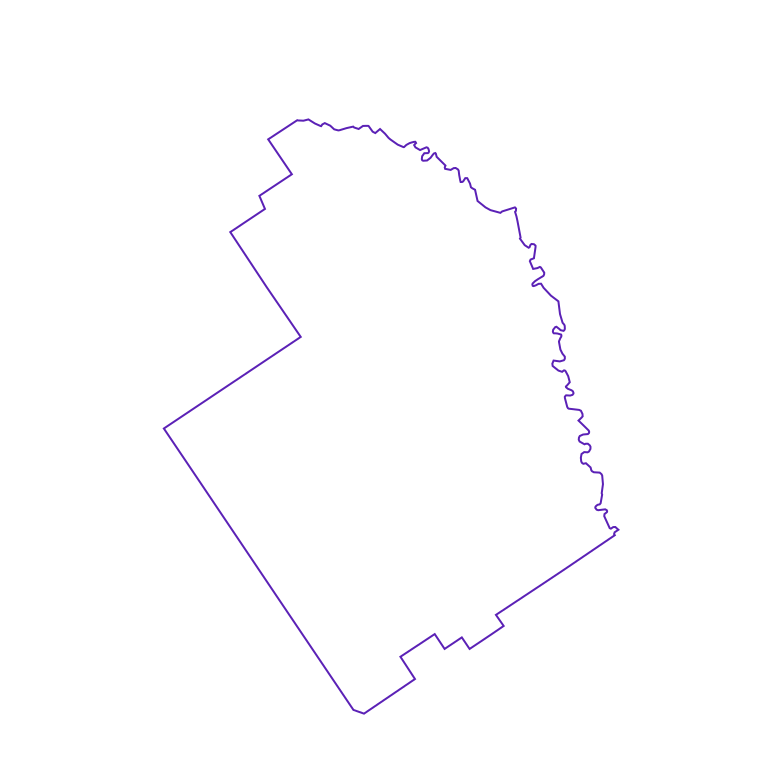 Pearl River, Mississippi, United States of America (Robinson projection), rotated 146°
{"feature_id": "52423323B37211265449281", "entity_name": "Pearl River", "entity_type": "district", "adm_level": 2, "iso_a3": "USA", "parent_name": "United States of America", "parent_adm1": "Mississippi", "projection": "robinson", "projection_center": [-89.76, 30.737], "detail": "fine", "context": "isolated", "style": "outline", "palette": "violet", "viewbox_px": 768, "rotation_deg": 146, "n_neighbors": 0, "source": "geoboundaries", "source_scale": "gbopen_adm2", "svg_char_len": 3430}
<svg xmlns="http://www.w3.org/2000/svg" viewBox="0 0 768 768"><g transform="rotate(146 384 384)"><path d="M277.2,129.6L277.2,130.9L275.7,132.1L271.2,132.1L272.2,136.1L274.0,137.2L276.8,137.2L277.5,138.3L275.7,149.0L275.3,151.3L273.9,152.9L270.9,153.1L270.1,153.8L269.9,154.8L270.7,156.4L277.0,159.6L278.0,160.9L278.1,163.2L277.3,164.0L276.2,164.3L274.5,164.4L272.5,163.6L271.1,164.0L265.0,170.3L264.6,171.7L258.5,178.5L254.3,186.1L254.1,187.6L254.7,189.9L259.4,193.5L260.3,195.3L260.4,196.4L259.4,199.3L260.9,205.4L263.4,206.4L264.0,208.1L263.7,209.7L262.1,212.7L259.4,215.5L256.1,215.6L253.4,213.5L251.8,213.4L249.2,214.7L247.9,216.5L247.7,218.0L248.4,220.5L250.0,221.6L251.5,221.9L254.0,226.9L253.7,228.9L252.4,230.5L250.8,231.4L247.2,230.8L243.0,228.5L241.6,228.7L240.7,229.5L240.3,230.9L241.6,237.3L243.2,244.9L238.8,245.7L237.4,246.1L236.2,248.2L235.7,251.7L236.7,253.4L244.6,260.2L245.0,261.0L244.9,262.6L241.8,271.4L241.1,272.4L239.4,272.8L236.1,270.3L233.8,269.6L232.3,270.1L231.8,270.9L231.5,272.3L232.0,273.9L234.3,277.3L234.9,279.5L234.6,280.2L232.9,280.5L229.0,281.6L226.9,287.5L226.3,293.1L226.6,294.2L227.4,294.7L229.5,294.5L231.9,297.6L234.1,304.6L233.1,306.7L230.3,308.6L225.6,304.4L221.6,303.1L220.9,303.3L219.9,303.9L218.8,305.6L219.1,309.4L218.5,313.9L215.5,320.8L215.1,321.5L212.2,323.4L210.6,324.1L209.8,325.0L209.5,325.9L210.0,326.5L211.9,328.8L213.1,329.8L213.8,330.3L214.9,331.1L215.0,332.0L214.7,333.0L213.4,334.4L210.2,335.4L209.0,335.0L208.6,333.7L207.9,331.6L207.5,329.9L205.5,327.7L204.6,327.7L203.3,328.5L201.7,331.1L201.4,332.4L201.7,334.9L199.0,343.5L193.2,355.0L196.2,363.9L197.9,374.5L197.7,379.3L199.8,380.6L203.0,380.9L205.2,381.5L205.8,382.2L205.4,383.5L204.6,384.2L201.3,384.8L197.6,384.8L191.4,384.5L190.1,385.2L189.8,385.5L188.9,386.7L188.8,392.9L189.3,393.9L192.0,394.3L196.0,396.0L194.4,404.3L192.9,405.2L189.4,404.4L181.6,413.0L181.0,414.0L181.5,416.0L183.4,417.6L184.9,417.4L186.9,416.0L187.9,416.1L189.7,420.4L190.0,428.5L188.9,429.0L182.3,444.3L180.5,448.8L179.3,452.7L179.1,453.4L177.8,453.8L176.4,455.6L176.7,457.2L185.5,459.8L189.5,461.0L191.8,460.8L198.5,468.6L201.1,473.7L204.1,483.4L199.9,494.1L201.4,497.0L201.9,498.5L200.6,502.1L199.9,508.1L201.5,509.2L205.1,507.7L206.3,507.8L207.5,508.6L207.0,510.1L204.8,515.2L202.8,519.1L202.7,520.5L203.8,523.0L205.5,524.0L209.0,524.2L213.0,528.2L212.5,529.6L211.8,530.1L210.9,530.7L213.3,542.9L212.2,546.0L212.3,546.8L213.8,547.2L215.8,546.6L218.9,545.5L223.3,545.2L226.7,547.2L227.2,548.1L226.9,549.3L225.0,551.5L221.5,552.8L218.6,550.9L217.6,550.9L216.5,551.7L215.7,553.9L215.7,555.5L216.5,556.5L223.3,557.8L225.6,562.6L225.4,565.2L223.7,565.7L222.7,565.8L222.6,566.5L222.6,567.3L223.8,568.0L226.1,568.8L228.1,569.4L231.8,569.7L234.9,569.2L235.4,569.5L238.8,574.8L241.9,583.0L242.6,585.4L243.2,591.0L244.7,597.6L250.9,596.9L252.3,599.5L252.5,606.4L252.8,606.9L257.1,609.7L262.4,609.6L265.3,613.3L265.6,614.6L272.0,617.1L278.8,619.2L280.1,619.8L282.9,623.0L284.1,628.2L287.2,633.4L290.0,633.7L291.9,632.9L292.3,633.3L295.6,638.6L298.7,645.6L303.5,647.3L308.2,650.8L308.4,651.2L343.2,651.6L343.1,609.4L382.1,609.7L384.8,595.7L426.5,595.9L427.1,529.8L426.7,469.6L591.4,470.2L591.4,424.7L591.6,268.6L591.6,218.4L591.6,130.9L584.9,121.9L523.3,122.1L522.9,148.7L481.8,148.3L481.9,130.5L461.2,130.4L461.2,116.5L435.7,116.4L420.1,116.5L420.3,130.0L373.0,129.6L337.3,129.4L277.2,129.6Z" fill="none" stroke="#5b21b6" stroke-width="2"/></g></svg>